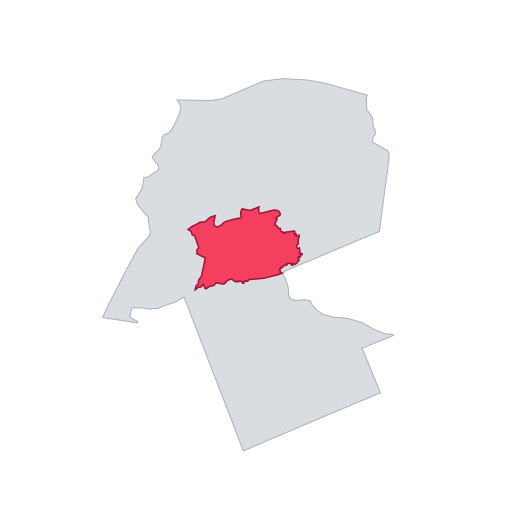 location of Alta Verapaz within Guatemala, rotated 157°
{"feature_id": "GTM-1948", "entity_name": "Alta Verapaz", "entity_type": "Department", "adm_level": 1, "iso_a3": "GTM", "parent_name": "Guatemala", "parent_adm1": "", "projection": "albers", "projection_center": [-90.124, 15.617], "detail": "fine", "context": "in_parent", "style": "filled", "palette": "rose", "viewbox_px": 512, "rotation_deg": 157, "n_neighbors": 0, "source": "natural_earth", "source_scale": "10m", "svg_char_len": 5649}
<svg xmlns="http://www.w3.org/2000/svg" viewBox="0 0 512 512"><g transform="rotate(157 256 256)"><path d="M90.6,360.5L92.8,358.3L94.6,353.3L96.9,348.1L95.6,342.1L94.8,337.2L97.4,330.1L97.3,324.8L98.5,321.5L102.2,319.4L104.3,315.4L93.7,301.3L93.7,298.1L95.2,294.2L104.0,279.3L114.4,261.7L125.9,242.2L132.8,230.4L157.7,230.6L174.2,230.7L195.1,230.7L217.8,230.8L232.7,230.8L238.8,230.7L237.8,223.0L238.6,214.6L241.3,206.9L241.3,203.5L236.9,199.3L228.3,196.9L223.5,193.2L223.5,188.6L221.4,182.9L217.3,176.3L208.7,169.5L195.6,162.6L184.5,153.3L175.4,141.6L167.7,134.1L161.7,130.9L160.3,129.2L177.8,129.5L194.4,129.7L194.5,113.0L194.7,98.2L194.9,81.5L224.8,81.6L260.5,81.7L297.6,81.7L326.7,81.6L343.8,81.6L343.1,102.3L342.3,126.4L341.7,144.0L340.9,167.6L340.1,191.7L339.0,224.6L338.3,245.8L338.7,246.3L348.5,245.2L363.0,246.1L366.5,246.0L371.0,247.8L374.4,248.4L381.8,253.1L390.5,256.7L396.0,249.3L393.1,244.9L390.9,242.7L391.2,240.7L421.4,259.4L417.9,262.4L410.3,269.2L396.5,280.8L384.1,291.2L372.2,300.7L361.4,309.2L360.1,310.0L346.4,316.1L344.1,318.9L341.2,330.8L339.9,333.8L342.4,340.4L345.0,350.6L344.2,355.9L334.7,362.5L330.4,368.5L328.5,372.3L326.7,371.3L323.8,371.0L317.0,372.5L313.7,372.9L311.0,374.6L310.7,378.3L312.5,384.2L313.2,387.3L311.3,388.7L302.9,392.3L299.6,395.9L296.5,401.4L292.8,403.7L288.9,403.3L286.2,404.1L280.4,408.2L271.7,416.2L267.0,422.1L266.9,426.5L267.8,430.5L235.9,416.4L225.3,414.0L180.5,414.1L161.3,408.5L139.5,397.7L124.8,387.9L90.6,360.5Z" fill="#d9dde1" stroke="#a8b0b8" stroke-width="1"/><path d="M238.7,230.1L238.8,230.1L241.0,229.9L257.7,232.5L271.7,237.0L272.3,237.0L272.4,236.9L272.5,236.8L272.5,236.6L272.7,236.4L273.1,236.2L274.0,236.1L274.4,236.2L274.6,236.4L274.6,236.7L274.9,237.0L275.2,237.0L275.6,236.9L275.9,236.9L276.0,237.0L276.3,237.3L276.5,237.4L277.0,237.2L277.6,237.1L277.8,237.0L277.8,236.9L277.8,236.7L277.6,236.0L277.7,235.7L277.8,235.7L278.0,235.8L278.6,236.0L278.8,236.1L278.9,236.3L278.9,236.5L278.8,236.9L278.7,236.9L278.9,237.2L279.1,237.3L279.3,237.6L279.1,238.2L280.5,239.3L281.4,239.5L281.6,239.4L282.0,239.0L283.4,240.0L284.2,240.1L284.6,240.0L284.8,240.1L285.1,240.5L285.4,241.0L286.4,242.4L286.7,243.0L286.8,243.4L287.2,244.1L287.5,244.4L287.7,244.5L288.0,244.4L288.3,244.4L288.6,244.4L289.9,244.6L292.7,244.5L293.1,244.3L293.3,244.2L293.5,244.0L293.8,243.6L293.9,243.4L294.1,243.3L294.3,243.2L294.6,243.2L295.3,243.3L295.5,243.2L296.0,243.0L296.3,242.7L296.5,242.8L298.7,243.7L298.9,243.9L300.2,245.0L301.9,246.1L302.4,246.4L302.8,246.5L303.9,246.6L304.3,246.5L304.5,246.4L305.7,245.5L306.3,245.4L311.4,246.1L311.7,246.1L311.9,246.1L312.1,246.0L312.3,245.9L312.5,245.7L312.8,245.6L313.3,245.5L314.5,245.4L315.0,245.5L315.4,245.6L315.4,245.8L315.6,250.3L315.8,250.4L318.0,249.3L319.7,249.0L321.1,249.7L321.8,249.8L322.8,249.3L325.2,248.7L323.0,251.7L322.2,252.4L320.6,252.6L320.3,252.7L320.1,252.9L319.7,253.7L319.6,253.9L318.6,255.7L318.3,256.2L318.0,256.4L317.1,256.8L315.7,257.8L315.3,258.0L314.5,258.3L314.2,258.4L314.0,258.6L313.9,259.1L308.7,266.4L304.1,273.0L303.5,274.5L304.1,274.7L304.2,274.9L304.4,275.1L304.5,275.2L304.8,275.7L306.7,277.7L307.3,278.7L308.0,279.5L309.1,280.5L309.4,280.9L309.5,281.3L308.9,282.4L308.8,282.6L308.6,283.0L308.4,283.9L308.2,284.3L308.1,284.5L307.9,284.7L307.8,284.8L307.6,285.0L306.0,285.7L305.6,286.1L305.4,286.3L304.7,296.3L304.7,297.6L304.8,297.9L305.1,298.7L305.3,299.1L305.9,299.8L306.3,300.6L306.4,301.0L306.4,301.4L306.2,302.8L306.1,303.3L306.2,303.7L306.3,304.1L306.7,304.9L308.2,307.0L302.5,308.4L299.8,308.2L294.6,309.0L293.6,308.8L290.7,307.7L288.8,307.6L287.9,307.8L285.7,308.8L283.3,309.4L281.9,309.5L277.8,309.1L281.5,303.8L282.4,301.3L282.4,300.5L282.3,300.0L282.1,299.7L281.7,299.2L280.7,298.3L280.1,297.9L279.8,297.9L279.6,297.8L275.8,298.1L275.1,298.3L272.4,299.4L269.2,299.5L260.2,298.2L256.2,297.2L255.1,297.2L254.7,297.4L254.6,297.6L254.2,298.2L254.2,298.3L254.1,298.9L253.4,301.5L252.9,302.3L252.5,302.7L251.5,303.9L251.2,304.3L250.3,304.7L250.0,304.8L249.8,304.7L248.9,303.8L244.3,300.7L242.6,300.1L240.6,300.2L237.8,300.1L235.9,300.1L234.0,300.0L234.6,299.3L235.4,297.8L236.1,295.9L236.2,294.1L234.9,293.4L221.9,291.4L219.4,290.3L217.7,288.7L217.2,287.5L217.1,285.9L217.4,284.6L218.5,284.0L221.8,283.7L222.8,283.2L222.2,282.3L222.2,281.7L224.5,279.6L224.9,279.4L225.8,278.5L226.4,277.4L225.9,277.0L225.4,276.2L224.9,274.4L224.1,272.6L222.8,271.8L223.5,270.4L223.5,269.1L222.6,268.0L221.1,267.0L221.0,266.6L221.4,266.5L221.7,266.4L221.0,266.0L220.3,265.9L219.5,266.0L218.8,266.4L217.9,265.9L214.4,264.9L211.3,264.3L210.7,263.5L211.0,262.5L212.1,261.7L211.6,261.5L210.4,260.5L210.4,260.0L210.8,259.9L211.2,259.5L211.6,259.4L211.1,258.6L210.3,258.2L209.3,258.1L208.2,258.2L208.8,256.9L211.0,254.1L212.1,251.1L212.4,250.6L214.4,249.8L215.3,248.2L214.8,246.7L212.8,246.5L213.6,243.6L214.2,242.4L215.0,241.8L215.0,241.2L214.6,241.1L214.6,240.9L214.4,240.6L213.8,241.2L213.1,240.4L212.8,240.1L212.8,239.5L213.9,239.2L215.2,238.1L216.1,237.7L216.3,238.0L216.6,238.5L217.0,238.9L217.5,238.6L217.8,237.9L217.7,237.4L217.7,237.0L218.4,236.5L217.8,235.4L221.3,233.5L223.4,233.0L224.6,234.2L225.1,234.2L225.4,233.5L225.8,233.2L226.3,233.3L226.8,233.6L226.8,234.2L226.5,234.4L226.1,234.6L225.7,234.8L225.7,235.4L227.0,235.3L227.9,235.8L228.6,236.5L229.7,237.1L229.9,236.8L230.5,236.4L230.8,236.0L230.9,236.5L231.0,236.5L231.1,236.3L231.3,236.0L231.9,236.6L232.2,236.5L232.5,236.0L233.1,236.0L233.9,236.4L235.5,235.4L236.5,236.0L237.0,236.0L237.1,235.6L237.4,235.2L237.5,234.8L238.5,235.2L239.4,234.8L239.7,234.0L239.2,233.1L239.9,232.1L240.1,231.3L239.7,230.7L238.7,230.1Z" fill="#f43f5e" stroke="#9f1239" stroke-width="1.5"/></g></svg>